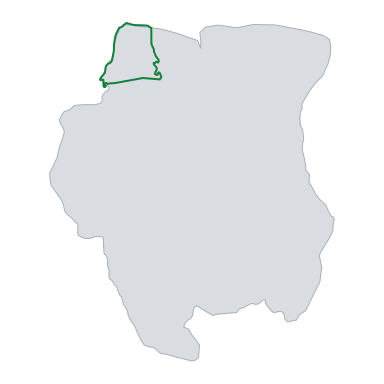 Nickerie highlighted on a map of Suriname
{"feature_id": "SUR-37", "entity_name": "Nickerie", "entity_type": "District", "adm_level": 1, "iso_a3": "SUR", "parent_name": "Suriname", "parent_adm1": "", "projection": "natural_earth1", "projection_center": [-56.858, 5.617], "detail": "fine", "context": "in_parent", "style": "outline", "palette": "green", "viewbox_px": 384, "rotation_deg": 0, "n_neighbors": 0, "source": "natural_earth", "source_scale": "10m", "svg_char_len": 3711}
<svg xmlns="http://www.w3.org/2000/svg" viewBox="0 0 384 384"><path d="M322.5,75.9L316.6,81.7L310.2,89.9L301.8,103.9L302.2,108.4L300.4,112.0L299.9,118.3L300.5,125.4L302.7,130.0L303.7,138.8L302.0,146.8L302.7,151.4L304.4,158.7L305.8,166.5L305.6,169.7L307.7,172.2L309.6,174.7L309.0,181.7L315.7,194.1L319.7,199.5L325.7,204.8L327.8,209.9L331.2,216.1L333.2,216.9L334.2,219.4L333.2,224.1L332.9,230.8L329.2,238.5L320.4,252.7L319.4,255.9L321.7,267.7L320.4,277.3L319.9,281.9L315.6,290.3L305.5,310.8L299.6,314.5L296.1,320.4L293.8,320.4L291.3,321.0L290.5,321.7L287.3,321.6L284.8,319.0L284.4,315.9L283.1,312.4L279.9,311.3L274.0,312.6L272.3,311.7L268.8,307.9L265.8,303.7L265.1,299.7L263.2,300.1L258.7,303.7L255.6,304.5L253.2,303.5L250.5,303.8L243.6,307.7L239.5,308.6L236.6,312.5L217.5,314.2L212.5,315.3L201.0,308.5L198.1,306.3L196.6,306.0L195.3,306.4L194.0,307.9L192.2,316.3L190.4,318.6L187.4,320.5L184.5,323.9L183.9,327.2L188.4,329.0L192.2,335.4L196.3,340.5L199.5,345.0L199.1,350.1L198.5,357.3L196.2,359.8L192.2,361.0L177.7,357.5L166.6,354.3L161.9,353.7L159.8,352.9L157.0,350.2L154.2,347.8L149.7,346.9L144.3,345.2L140.3,338.9L136.2,329.8L134.7,325.7L131.5,321.8L128.4,316.1L127.4,311.2L125.0,306.6L123.8,305.1L121.9,298.8L121.5,296.5L120.6,296.2L119.3,294.2L116.8,287.6L116.2,285.9L115.1,285.3L112.1,280.7L109.7,279.0L108.9,276.6L109.1,270.1L107.8,266.9L107.4,260.8L107.3,258.3L106.1,255.6L104.1,253.8L103.8,249.4L103.3,238.5L102.3,236.6L93.8,236.7L92.9,237.8L89.2,238.4L85.1,238.5L81.4,237.1L78.3,235.2L77.6,232.8L78.1,225.2L73.1,219.5L65.3,212.4L62.9,203.3L60.0,197.7L51.3,185.9L49.8,177.9L49.8,172.2L52.8,166.9L57.1,157.7L58.9,149.4L60.1,145.0L62.4,139.3L64.4,131.9L62.8,127.4L60.2,122.9L59.4,119.6L61.9,114.7L64.4,111.3L67.3,110.8L71.0,108.7L73.8,105.8L78.2,105.0L83.6,104.7L94.7,104.7L100.4,103.4L102.2,101.0L101.9,96.5L104.7,92.3L107.7,90.6L108.9,89.2L109.1,87.7L108.3,86.3L107.1,85.4L104.0,85.0L101.3,77.9L103.1,74.7L105.6,69.0L106.2,65.7L109.9,60.6L110.8,62.2L113.7,52.9L114.1,45.3L116.3,37.8L119.6,29.0L125.7,24.6L160.9,29.0L177.0,33.3L197.7,40.6L200.7,48.4L200.8,40.6L199.8,32.7L205.5,27.1L218.1,25.1L236.9,27.8L253.1,24.5L275.1,24.9L308.5,31.3L323.4,35.6L329.6,39.6L330.8,46.6L330.2,55.7L327.8,64.3L322.5,75.9Z" fill="#d9dde1" stroke="#a8b0b8" stroke-width="1"/><path d="M100.4,80.1L100.1,79.4L100.3,78.5L100.9,77.6L104.3,73.6L105.0,72.3L105.3,70.4L105.4,68.7L105.6,67.4L106.2,65.7L107.2,64.6L107.8,63.9L110.1,62.9L111.0,62.0L111.7,61.0L112.1,59.9L113.8,51.1L114.1,43.4L114.6,40.7L114.8,38.7L115.6,35.4L116.4,33.2L118.3,29.7L118.6,28.7L119.0,28.0L119.5,27.6L121.1,27.2L121.6,26.9L122.0,26.5L122.4,26.3L122.7,26.1L123.6,25.0L124.0,24.6L124.6,24.3L125.3,24.1L126.1,23.2L126.6,23.0L128.5,23.6L132.9,24.8L135.4,25.1L138.9,25.2L144.4,25.4L147.4,25.6L148.6,26.1L150.7,27.7L151.3,28.0L151.3,28.8L151.4,42.3L151.6,44.4L152.7,47.1L153.5,48.5L153.8,49.2L153.9,51.1L154.1,51.9L155.8,56.1L158.4,59.6L158.6,60.2L158.7,61.0L158.5,62.0L158.3,62.4L158.0,62.5L157.1,61.9L156.7,61.7L156.2,61.8L155.8,62.2L155.5,62.7L155.1,63.0L154.6,63.1L154.1,63.0L153.8,63.0L153.7,63.5L153.9,64.4L156.2,67.1L156.6,67.8L156.8,68.5L156.7,69.7L156.4,70.5L156.0,71.0L155.7,71.4L155.4,71.9L155.3,72.8L155.0,73.3L154.9,73.8L155.0,74.2L155.4,74.4L156.6,74.7L157.2,75.0L157.6,74.8L157.8,74.4L158.0,73.2L158.3,72.7L158.6,72.4L159.0,72.4L159.4,72.6L160.0,73.5L160.4,74.4L160.9,75.7L161.2,76.5L161.3,77.3L160.9,78.0L160.4,78.4L159.7,79.4L142.9,78.0L114.8,83.1L110.7,83.3L107.3,83.9L107.2,83.8L106.9,83.3L106.2,83.0L105.4,83.1L104.9,83.5L104.7,84.2L105.1,85.0L105.8,86.0L105.6,86.5L105.2,86.9L104.6,87.0L103.9,86.8L103.6,86.3L103.5,85.7L103.4,80.0L103.1,79.8L102.7,79.8L102.0,79.6L101.0,80.1L100.4,80.1Z" fill="none" stroke="#15803d" stroke-width="2"/></svg>